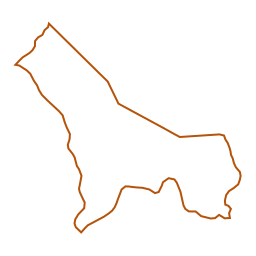 Penaforte, Ceará, Brazil (Albers equal-area conic projection)
{"feature_id": "56859067B64429510120789", "entity_name": "Penaforte", "entity_type": "district", "adm_level": 2, "iso_a3": "BRA", "parent_name": "Brazil", "parent_adm1": "Ceará", "projection": "albers", "projection_center": [-39.052, -7.771], "detail": "fine", "context": "isolated", "style": "outline", "palette": "amber", "viewbox_px": 256, "rotation_deg": 0, "n_neighbors": 0, "source": "geoboundaries", "source_scale": "gbopen_adm2", "svg_char_len": 1339}
<svg xmlns="http://www.w3.org/2000/svg" viewBox="0 0 256 256"><path d="M15.4,64.8L19.2,65.5L26.8,70.4L30.3,73.8L33.8,80.6L37.2,85.6L39.0,90.2L42.0,95.0L47.4,100.4L59.1,111.3L62.7,115.4L64.6,121.9L66.8,127.6L69.9,134.0L69.6,139.1L67.8,144.9L68.4,148.5L72.8,154.1L74.6,157.3L76.9,166.0L79.0,169.2L81.5,175.8L80.1,183.3L79.0,188.8L79.8,192.2L83.0,199.1L84.7,202.4L84.2,208.2L78.2,214.5L75.3,219.3L74.5,223.4L75.8,227.2L81.2,232.4L85.1,228.0L87.8,225.3L103.9,216.7L108.8,213.4L112.1,210.7L114.6,207.4L116.4,203.5L117.8,199.5L121.6,189.5L125.4,186.4L128.9,186.5L132.3,187.0L136.4,187.4L142.5,187.8L149.4,189.5L155.0,193.1L158.7,192.0L161.7,185.9L163.0,182.2L168.6,178.2L174.4,179.4L176.8,182.7L180.4,191.6L183.5,205.4L185.3,208.9L188.8,211.4L195.7,211.5L201.1,216.1L210.6,218.5L215.1,218.1L219.1,214.9L224.7,218.3L229.9,218.0L229.1,213.2L230.9,208.9L228.5,205.9L225.3,204.6L224.9,200.6L226.2,195.0L229.0,191.1L233.9,187.9L238.2,184.4L239.9,179.6L240.6,175.8L239.9,172.0L235.9,167.3L233.9,163.0L232.7,158.3L231.0,154.9L230.5,151.2L229.5,147.7L227.8,143.2L225.4,139.4L224.0,135.5L219.4,134.4L179.8,137.0L173.1,133.4L163.4,128.0L118.5,103.7L107.7,81.5L99.1,73.1L48.9,23.6L48.0,27.2L44.6,30.1L42.4,34.9L38.2,37.3L35.1,40.9L34.9,46.3L32.4,50.3L29.5,53.0L25.6,55.5L22.6,57.4L19.2,60.8L15.4,64.8Z" fill="none" stroke="#b45309" stroke-width="2"/></svg>